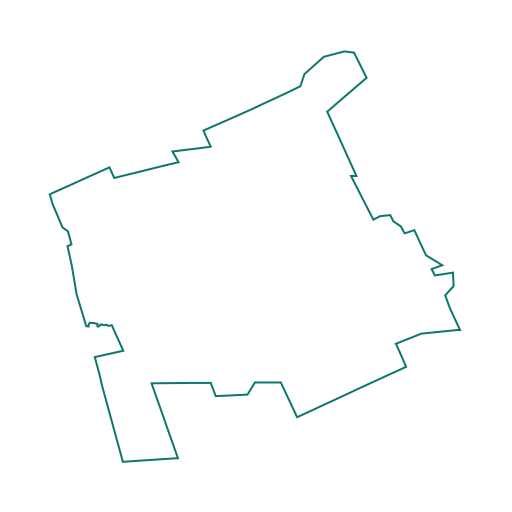 Hartford, Connecticut, United States of America (Albers equal-area conic projection), rotated 254°
{"feature_id": "52423323B68232654856936", "entity_name": "Hartford", "entity_type": "district", "adm_level": 2, "iso_a3": "USA", "parent_name": "United States of America", "parent_adm1": "Connecticut", "projection": "albers", "projection_center": [-72.721, 41.792], "detail": "fine", "context": "isolated", "style": "outline", "palette": "teal", "viewbox_px": 512, "rotation_deg": 254, "n_neighbors": 0, "source": "geoboundaries", "source_scale": "gbopen_adm2", "svg_char_len": 1276}
<svg xmlns="http://www.w3.org/2000/svg" viewBox="0 0 512 512"><g transform="rotate(254 256 256)"><path d="M372.2,74.8L361.7,74.8L348.0,76.5L336.7,77.9L331.6,82.0L327.3,82.0L318.0,81.8L318.0,81.7L317.4,77.5L297.9,76.3L268.6,73.0L235.3,73.5L234.4,75.6L236.6,76.5L237.6,77.9L236.3,81.5L234.4,84.9L234.0,84.9L232.7,84.2L231.8,84.4L231.7,85.7L232.2,86.9L233.1,87.8L232.3,89.6L231.2,90.9L231.2,93.2L229.6,94.8L229.2,98.3L224.8,98.9L201.5,102.3L203.3,73.2L184.6,72.9L175.5,72.3L175.4,72.3L111.4,71.5L100.0,71.4L94.9,71.2L83.2,125.2L162.4,120.5L151.8,158.9L146.5,177.5L132.4,178.7L125.1,209.6L134.7,220.1L127.6,245.0L89.7,251.1L99.5,313.8L99.8,315.2L108.1,369.7L118.9,368.4L133.1,366.3L135.8,393.6L129.3,429.5L128.6,431.7L152.6,428.0L166.1,427.0L172.5,437.6L181.0,439.6L185.7,440.8L188.0,422.6L195.0,421.2L195.8,432.5L209.8,419.6L237.2,415.3L236.8,405.1L244.5,403.4L251.3,397.7L258.3,396.3L260.1,386.3L258.6,378.8L306.7,369.4L305.2,374.6L353.4,367.5L375.1,364.2L396.8,411.4L418.0,407.5L424.5,406.3L428.3,397.3L428.8,376.2L417.5,352.7L407.0,345.5L404.7,332.9L400.2,304.1L398.0,290.5L393.3,256.6L392.6,251.1L391.1,240.1L385.9,240.7L373.6,242.6L374.7,234.7L379.5,204.5L367.5,207.4L368.0,197.6L370.1,141.2L381.6,139.6L372.2,74.8Z" fill="none" stroke="#0f766e" stroke-width="2"/></g></svg>